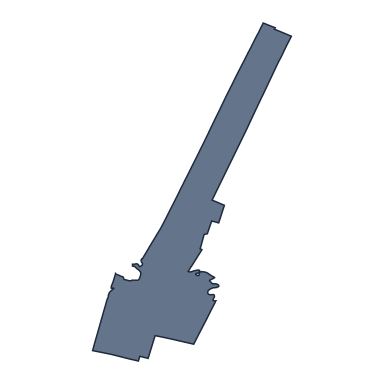 outline of Balaciu, Ialomita, Romania
{"feature_id": "2599482B99683326218446", "entity_name": "Balaciu", "entity_type": "district", "adm_level": 2, "iso_a3": "ROU", "parent_name": "Romania", "parent_adm1": "Ialomita", "projection": "robinson", "projection_center": [26.903, 44.669], "detail": "fine", "context": "isolated", "style": "filled", "palette": "slate", "viewbox_px": 384, "rotation_deg": 0, "n_neighbors": 0, "source": "geoboundaries", "source_scale": "gbopen_adm2", "svg_char_len": 5409}
<svg xmlns="http://www.w3.org/2000/svg" viewBox="0 0 384 384"><path d="M111.8,354.5L128.8,358.8L129.2,358.9L138.4,361.0L139.8,356.3L147.8,358.3L148.1,358.4L155.1,335.7L155.3,335.7L157.4,336.1L164.8,337.6L172.6,339.3L179.7,341.0L181.2,341.3L193.7,344.2L195.3,341.1L196.8,338.1L201.9,328.3L206.9,318.6L207.3,317.9L207.4,317.7L207.5,317.4L207.6,317.1L209.1,314.2L210.6,311.2L212.8,306.9L215.1,302.5L215.3,301.9L215.9,300.8L214.9,300.8L214.0,300.8L213.1,300.4L213.0,300.1L213.0,299.8L213.2,299.4L213.4,299.0L213.6,298.5L213.7,298.2L214.2,297.4L214.5,296.6L214.4,295.9L214.3,295.2L213.8,294.7L213.2,294.5L212.9,294.6L212.6,294.6L211.9,294.6L211.1,294.7L209.8,294.7L208.6,294.3L207.9,293.4L207.7,292.6L207.8,291.8L208.0,291.1L208.4,290.5L209.2,289.8L209.4,289.6L209.7,289.4L210.4,289.0L211.1,288.6L213.0,287.9L213.7,287.7L214.4,287.7L215.0,287.7L215.6,287.6L215.9,287.6L216.2,287.6L216.5,287.5L216.8,287.4L217.1,287.1L217.5,287.0L217.8,286.9L218.2,286.7L218.4,286.7L218.8,286.2L218.8,285.8L218.7,285.4L218.5,285.1L218.0,284.6L217.4,284.3L216.7,284.1L215.9,283.8L215.5,283.8L215.1,283.7L213.4,283.7L212.4,283.8L209.5,280.6L209.6,280.3L213.1,278.6L213.9,278.2L214.6,277.6L214.4,277.3L210.9,275.4L210.2,274.9L209.5,274.3L209.0,274.1L208.2,273.5L208.0,273.3L207.6,273.1L207.1,272.8L206.6,272.5L206.1,272.4L205.2,272.1L204.5,272.0L203.4,271.8L203.1,271.8L202.5,271.7L201.9,271.7L201.5,271.7L201.0,271.8L200.6,271.8L200.3,272.0L199.9,272.2L199.7,272.6L199.5,273.0L199.3,273.9L199.3,274.2L199.2,274.6L199.1,275.0L198.8,275.3L198.6,275.5L198.3,275.7L198.1,275.6L197.8,275.6L197.3,275.4L197.0,275.3L196.9,275.3L196.7,275.2L196.4,275.0L196.3,274.9L196.0,274.7L195.9,274.6L195.7,274.3L195.7,274.1L195.8,274.0L195.9,273.8L196.2,273.6L196.5,273.5L196.5,273.4L196.8,273.4L197.3,273.3L197.8,273.1L198.3,272.9L198.7,272.7L198.9,272.4L199.1,272.1L199.3,271.8L199.4,271.5L199.5,271.0L199.6,270.7L199.6,270.4L199.3,270.2L198.8,270.1L198.4,270.1L197.6,270.1L196.5,270.3L195.1,270.6L193.7,270.9L192.5,271.4L191.0,271.8L190.4,272.0L189.9,271.9L188.2,271.5L190.1,268.3L191.1,266.6L191.3,266.6L201.6,250.2L201.9,249.6L201.7,249.5L200.1,248.8L200.8,246.7L202.9,239.0L204.1,234.5L204.8,234.3L205.5,234.1L206.4,234.0L207.3,233.8L211.7,221.0L218.7,222.9L224.4,205.3L212.1,200.1L220.2,183.5L231.7,160.0L243.1,136.6L245.5,131.7L246.0,130.7L249.0,124.3L256.2,108.9L259.8,101.3L260.6,99.6L260.9,99.0L261.9,96.9L263.5,93.7L278.4,62.1L278.7,61.5L280.7,57.9L286.8,45.2L288.0,42.9L291.4,36.3L291.4,36.2L289.1,35.3L283.2,32.8L274.4,29.2L275.2,27.8L268.4,25.1L264.5,23.5L263.2,23.0L262.6,24.3L260.8,27.8L259.6,30.3L259.2,31.0L259.2,31.3L258.7,32.3L258.3,33.0L258.1,33.4L257.8,33.8L256.7,35.9L256.1,37.0L255.3,38.6L254.7,39.8L254.4,40.4L254.0,41.1L253.6,42.0L252.8,43.5L252.5,44.2L252.1,44.9L251.7,45.7L251.3,46.5L251.0,47.3L250.7,47.9L250.5,48.2L250.2,48.7L250.1,49.0L249.9,49.3L249.7,49.7L249.6,49.9L249.5,50.1L249.1,50.8L248.9,51.3L248.5,51.9L248.4,52.2L247.9,52.9L247.9,53.1L247.7,53.6L246.7,55.5L243.9,61.1L243.7,61.4L242.2,64.3L238.9,70.7L237.5,73.4L236.1,76.2L233.7,81.1L232.5,83.6L230.8,87.0L229.9,88.7L229.6,89.4L228.4,91.7L227.9,92.8L227.1,94.3L226.4,95.8L226.2,96.1L222.6,103.6L219.2,110.7L215.6,118.0L212.1,125.2L209.5,130.7L208.6,132.5L208.6,132.8L208.4,133.2L207.6,134.7L201.8,146.6L201.0,148.1L197.8,154.7L195.8,158.7L192.0,166.2L189.4,171.5L187.6,175.1L184.4,181.3L183.1,184.1L182.3,185.6L180.9,188.3L178.9,192.5L173.6,203.1L171.3,207.5L167.7,214.7L164.3,221.4L163.9,222.2L160.5,228.6L157.1,234.1L155.6,236.7L154.3,238.8L150.2,245.6L149.2,247.2L149.2,247.3L149.0,247.7L146.6,251.7L143.2,257.4L142.6,258.4L142.4,258.8L142.1,258.7L141.9,258.8L141.7,259.0L141.3,259.5L141.1,260.6L141.2,261.2L141.4,261.9L141.6,262.2L141.9,262.5L142.2,262.9L142.4,263.4L142.5,263.7L142.4,264.3L142.3,264.7L142.0,265.2L141.8,265.4L141.1,265.9L140.5,266.3L140.0,266.6L139.8,266.7L139.6,266.7L139.4,266.6L139.3,266.4L139.1,266.0L138.8,265.4L138.6,265.0L138.4,264.8L138.2,264.6L138.0,264.4L137.4,264.0L137.0,263.9L136.6,263.8L136.3,263.8L136.0,263.9L135.7,263.9L134.4,264.2L133.7,264.2L132.5,264.2L132.5,266.1L132.9,266.2L133.6,266.3L134.4,266.5L134.7,266.6L135.2,267.0L135.5,267.2L136.1,267.9L136.5,268.3L137.4,269.0L138.2,269.6L138.6,269.9L138.9,270.2L139.4,270.6L139.8,271.1L140.2,271.6L140.6,272.4L140.7,272.7L140.8,273.1L140.8,273.4L140.7,274.3L140.7,274.6L140.5,275.2L140.3,276.1L140.0,277.0L139.7,277.8L139.4,278.5L139.2,278.9L138.8,279.5L138.5,279.8L138.1,280.1L137.9,280.2L132.0,280.2L132.0,280.4L131.9,280.5L130.3,280.8L130.1,280.9L129.8,280.9L127.9,280.4L126.0,279.9L124.8,279.6L124.2,279.5L123.7,278.3L123.3,277.4L123.1,277.0L122.7,276.8L122.3,276.6L121.5,276.4L120.6,276.1L119.9,275.8L119.6,275.6L118.5,275.1L117.3,274.6L116.7,274.4L116.1,274.0L115.9,273.9L115.6,273.6L115.6,273.8L115.5,274.1L115.0,275.6L113.5,280.5L113.0,282.1L112.6,283.0L112.3,283.8L111.3,286.3L111.3,286.6L111.3,287.0L111.3,287.3L111.1,288.0L111.7,288.2L112.2,288.3L113.1,288.1L113.5,288.0L113.6,288.3L113.8,288.6L113.0,289.1L112.0,289.9L111.2,290.6L109.9,292.0L109.3,292.7L109.0,293.4L108.9,293.6L108.7,294.5L108.5,294.9L108.4,295.4L108.3,295.6L108.3,295.9L108.3,296.2L108.3,296.5L108.3,296.8L108.3,297.0L108.2,297.1L107.8,298.1L107.4,298.7L107.3,298.9L107.2,299.2L107.0,299.9L106.5,301.4L105.9,303.6L105.6,304.8L103.8,311.0L102.0,317.3L100.3,323.3L98.3,330.4L94.7,342.9L92.6,350.6L103.0,352.7L103.6,352.8L111.8,354.5Z" fill="#64748b" stroke="#1e293b" stroke-width="1.5"/></svg>